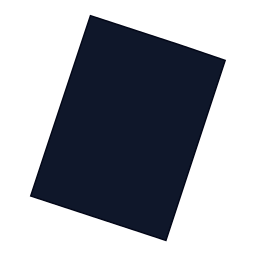 the district of Henry, Iowa, United States of America, rotated 18°
{"feature_id": "52423323B58057992279979", "entity_name": "Henry", "entity_type": "district", "adm_level": 2, "iso_a3": "USA", "parent_name": "United States of America", "parent_adm1": "Iowa", "projection": "mercator", "projection_center": [-91.542, 40.988], "detail": "fine", "context": "isolated", "style": "filled", "palette": "ink", "viewbox_px": 256, "rotation_deg": 18, "n_neighbors": 0, "source": "geoboundaries", "source_scale": "gbopen_adm2", "svg_char_len": 270}
<svg xmlns="http://www.w3.org/2000/svg" viewBox="0 0 256 256"><g transform="rotate(18 128 128)"><path d="M56.7,175.2L56.5,222.7L183.4,223.1L198.8,223.2L199.3,81.1L199.5,33.7L152.1,33.0L57.6,32.8L56.7,175.2Z" fill="#0f172a" stroke="#020617" stroke-width="1.5"/></g></svg>